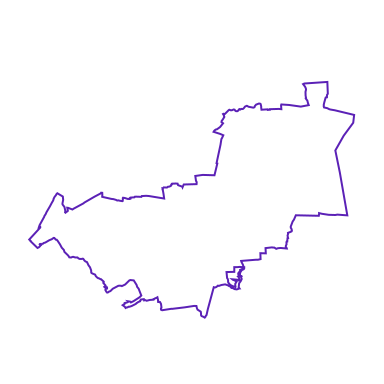 the district of Dobroteasa, Olt, Romania, rotated 186°
{"feature_id": "2599482B45493772728247", "entity_name": "Dobroteasa", "entity_type": "district", "adm_level": 2, "iso_a3": "ROU", "parent_name": "Romania", "parent_adm1": "Olt", "projection": "mercator", "projection_center": [24.342, 44.767], "detail": "fine", "context": "isolated", "style": "outline", "palette": "violet", "viewbox_px": 384, "rotation_deg": 186, "n_neighbors": 0, "source": "geoboundaries", "source_scale": "gbopen_adm2", "svg_char_len": 5931}
<svg xmlns="http://www.w3.org/2000/svg" viewBox="0 0 384 384"><g transform="rotate(186 192 192)"><path d="M38.8,285.6L58.5,288.2L63.0,288.5L64.2,288.7L66.2,289.5L69.5,289.9L70.0,291.1L70.0,292.2L70.1,292.6L69.8,295.0L69.0,299.7L68.9,300.0L67.7,300.3L67.9,302.6L67.2,303.9L68.9,315.6L90.7,311.8L91.7,311.6L92.8,310.9L90.6,308.6L89.6,306.9L89.3,305.7L89.6,303.4L89.5,302.7L89.1,299.7L88.4,297.4L88.7,297.1L88.0,296.1L86.9,295.1L85.9,292.4L85.1,290.8L85.0,290.6L92.7,288.3L104.5,288.7L112.3,288.4L112.5,287.6L111.8,283.7L114.3,283.7L123.2,282.5L123.1,282.0L126.1,281.4L125.5,281.8L125.6,282.1L131.5,281.1L132.0,283.1L132.1,284.2L132.9,286.6L133.3,286.9L134.6,287.0L137.4,285.6L138.5,284.0L138.6,283.1L139.4,282.4L140.0,282.3L144.7,282.7L146.2,283.4L146.7,283.4L148.3,282.4L149.0,281.1L149.8,280.1L150.4,279.8L151.5,279.8L152.7,279.0L153.2,279.5L153.5,279.4L153.9,279.1L154.7,277.6L155.4,277.1L156.7,277.0L157.6,277.5L158.2,278.3L158.7,278.4L159.3,278.4L160.6,277.6L161.8,277.3L163.5,277.7L164.1,277.2L167.4,273.1L167.7,272.9L168.9,273.1L169.3,272.8L168.2,271.4L168.1,270.7L167.8,270.4L167.7,270.0L169.1,267.1L169.9,265.8L170.0,264.6L168.3,263.6L168.6,263.1L170.9,259.5L173.7,257.0L174.7,256.7L175.6,256.0L176.3,255.2L176.8,254.1L170.0,252.7L166.8,251.7L167.7,249.0L168.3,247.7L168.6,241.9L170.6,223.2L169.8,223.0L171.4,211.0L183.2,210.1L190.4,208.3L189.2,203.5L188.6,202.8L188.3,201.7L188.3,200.3L201.0,198.6L201.9,195.7L202.2,196.3L206.4,197.3L206.6,197.4L207.2,198.8L209.7,198.7L210.7,198.4L211.8,198.4L212.8,198.1L212.8,197.5L213.4,197.2L213.3,196.7L213.8,195.7L215.4,194.9L216.5,194.7L217.4,193.8L220.6,193.6L221.2,192.8L221.8,192.7L221.3,191.5L221.5,191.2L221.2,190.8L220.1,187.0L219.0,182.6L234.6,183.5L237.3,183.4L241.5,182.7L241.6,182.2L241.8,181.9L247.3,181.5L248.4,181.3L248.7,180.7L252.7,180.0L252.9,179.8L252.5,179.5L252.4,179.0L252.9,178.7L253.2,178.8L253.4,178.5L255.3,178.4L258.1,179.0L260.0,179.1L260.2,178.7L260.0,177.6L260.0,175.8L260.3,175.6L263.1,175.8L264.4,176.0L265.5,175.7L266.7,176.2L269.4,176.7L271.4,176.7L280.8,177.8L280.9,178.8L280.8,179.3L281.2,181.8L282.3,181.8L282.6,181.1L288.4,177.2L298.0,170.2L298.7,169.4L307.9,163.1L309.1,162.1L313.6,163.3L314.4,163.3L313.5,160.3L313.8,159.8L315.3,158.7L315.6,158.2L316.1,158.5L316.0,159.3L316.2,160.6L317.3,163.8L319.2,165.8L319.6,166.5L319.6,167.5L319.3,170.8L320.0,174.0L326.5,177.0L326.2,176.6L326.3,176.2L327.2,174.2L328.0,173.1L328.9,170.9L329.0,169.8L329.3,168.8L330.3,166.6L331.7,163.1L334.6,156.7L335.3,154.5L336.2,152.9L336.4,151.9L340.1,143.1L340.6,140.8L339.3,141.3L339.2,140.8L348.9,127.7L347.2,126.3L347.3,126.1L339.8,120.2L338.4,121.1L337.4,122.4L337.3,123.5L338.0,124.0L337.9,124.3L337.4,124.5L336.3,123.8L335.7,124.8L334.8,125.0L334.1,125.8L332.6,126.4L328.8,129.2L326.5,130.4L324.8,131.9L324.1,131.9L322.6,130.5L322.2,130.3L321.6,130.4L320.6,129.5L317.8,126.1L315.7,123.0L313.4,121.0L312.6,119.1L308.9,116.2L307.8,115.1L307.2,114.2L305.4,114.2L304.2,114.9L303.3,115.1L301.4,114.7L299.0,114.9L298.0,114.1L296.7,113.7L294.7,113.9L293.6,114.3L293.1,114.1L291.8,112.6L290.7,111.8L289.1,111.3L287.2,108.2L285.6,106.5L284.1,103.5L283.8,101.4L283.4,100.9L282.4,100.5L279.7,99.7L278.9,98.3L277.6,97.2L276.4,96.5L275.8,96.5L273.5,95.6L273.3,95.7L270.4,93.6L270.3,93.3L270.4,92.8L270.7,92.6L270.7,92.3L268.2,90.0L268.1,89.5L269.3,88.5L269.1,88.3L268.4,88.5L267.5,87.8L267.0,88.4L266.7,88.4L266.5,88.0L266.4,87.1L267.9,86.4L267.9,85.5L266.8,83.9L265.9,83.1L265.0,83.4L264.1,84.3L262.8,84.9L260.7,87.5L255.5,91.0L254.0,91.3L252.3,91.3L251.9,91.1L248.8,93.0L245.1,97.5L244.1,98.0L240.7,98.0L237.4,93.8L236.6,91.9L235.0,90.3L231.6,83.7L233.3,81.7L238.8,77.3L241.2,75.8L241.9,76.5L243.8,76.6L243.5,76.4L245.0,75.4L246.9,74.6L247.0,74.7L247.4,74.5L247.3,73.7L249.1,72.2L246.9,70.9L245.9,69.7L245.1,70.3L244.1,70.5L243.1,71.3L242.1,71.4L240.1,72.3L236.7,74.5L235.9,75.1L235.5,75.8L234.7,76.2L234.1,76.9L232.2,77.9L232.2,78.6L231.9,78.8L231.6,79.7L228.7,80.4L228.3,79.2L227.2,79.6L225.7,79.1L222.8,80.2L219.0,80.9L219.0,81.5L218.4,81.6L217.6,82.4L216.5,82.9L215.4,83.7L214.2,80.2L214.4,80.1L214.2,79.1L212.3,79.2L211.1,77.4L210.3,74.0L210.3,73.6L210.7,73.1L210.7,72.7L210.5,71.7L210.1,71.5L209.3,71.3L200.3,73.7L199.6,73.7L187.3,76.5L178.1,78.9L175.7,79.1L175.0,77.0L174.2,75.6L170.8,73.9L170.4,72.5L170.1,70.4L169.5,69.6L167.7,69.1L166.2,68.4L165.5,69.4L165.4,70.2L164.7,71.1L164.0,77.2L160.4,99.6L159.2,99.4L157.8,100.1L156.4,101.6L155.5,101.4L153.0,102.6L149.4,103.6L146.4,102.9L145.3,102.3L144.5,102.3L142.7,100.7L141.3,100.7L139.6,99.9L137.3,99.8L135.6,100.6L135.6,101.0L134.7,101.1L135.6,102.2L135.6,106.0L135.3,106.7L134.3,108.3L133.5,110.5L133.6,111.0L134.4,112.6L134.3,113.0L133.9,113.4L134.1,113.6L135.2,113.6L135.4,113.9L135.7,114.9L135.7,116.4L135.4,117.5L134.3,119.5L132.5,120.6L132.1,121.4L132.2,122.7L132.5,122.7L132.9,121.2L136.0,119.6L135.8,118.8L137.5,116.0L137.3,115.7L137.3,114.7L136.8,113.0L136.8,112.8L137.2,112.6L136.5,112.1L135.8,110.1L136.0,109.2L136.5,108.9L137.6,109.5L142.8,109.4L142.2,109.0L140.3,108.5L138.3,107.5L139.4,105.2L139.1,103.2L138.8,102.4L138.9,102.0L139.9,102.4L141.3,102.5L143.5,103.3L145.0,104.2L145.5,104.9L146.1,105.2L146.7,106.3L146.9,108.1L147.4,109.3L148.1,110.1L149.3,116.0L141.6,117.0L142.1,121.7L138.6,122.1L136.8,122.5L134.7,122.5L132.9,123.0L133.7,124.9L135.6,127.8L135.9,128.6L120.9,131.4L119.4,131.5L116.8,132.4L117.6,138.3L112.2,138.7L113.0,143.9L106.6,145.3L106.1,145.2L104.3,145.3L102.3,144.3L100.6,145.1L98.1,145.6L91.8,145.7L92.0,146.2L93.0,147.1L93.0,148.6L92.5,149.8L92.8,151.5L92.7,152.6L92.6,152.8L92.1,152.8L92.2,156.0L91.6,156.2L92.4,158.5L92.1,160.3L92.3,161.4L89.6,162.7L89.2,163.3L89.0,163.2L88.8,163.3L88.6,163.9L88.7,164.4L89.3,165.9L90.0,166.7L90.2,167.9L88.8,173.2L87.7,175.2L86.3,179.7L63.4,181.6L63.3,183.6L63.4,184.3L60.5,183.9L53.7,183.6L47.1,184.1L45.1,184.7L35.1,185.0L47.0,226.8L53.8,248.3L47.0,263.9L38.9,277.7L38.8,285.6Z" fill="none" stroke="#5b21b6" stroke-width="2"/></g></svg>